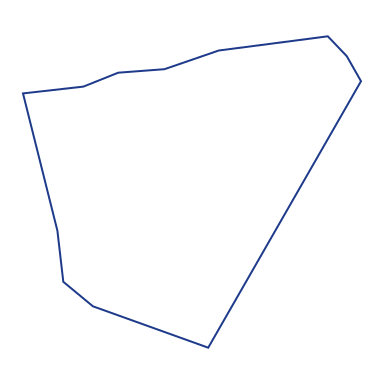 the border of Krsko
{"feature_id": "SVN-939", "entity_name": "Krsko", "entity_type": "Municipality", "adm_level": 1, "iso_a3": "SVN", "parent_name": "Slovenia", "parent_adm1": "", "projection": "mercator", "projection_center": [15.579, 46.008], "detail": "fine", "context": "isolated", "style": "outline", "palette": "blue", "viewbox_px": 384, "rotation_deg": 0, "n_neighbors": 0, "source": "natural_earth", "source_scale": "10m", "svg_char_len": 270}
<svg xmlns="http://www.w3.org/2000/svg" viewBox="0 0 384 384"><path d="M208.2,347.7L92.9,306.3L63.3,281.8L57.4,230.7L23.0,93.4L83.4,86.6L118.2,72.7L164.4,69.2L218.8,50.5L327.8,36.3L346.8,56.2L361.0,81.2L208.2,347.7Z" fill="none" stroke="#1e3a8a" stroke-width="2"/></svg>